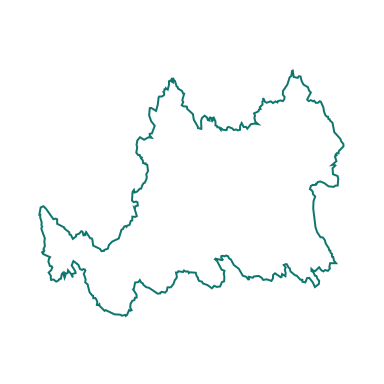 outline of Cuautla, Jalisco, Mexico, rotated 353°
{"feature_id": "50627088B81723111751248", "entity_name": "Cuautla", "entity_type": "district", "adm_level": 2, "iso_a3": "MEX", "parent_name": "Mexico", "parent_adm1": "Jalisco", "projection": "equal_earth", "projection_center": [-104.52, 20.204], "detail": "fine", "context": "isolated", "style": "outline", "palette": "teal", "viewbox_px": 384, "rotation_deg": 353, "n_neighbors": 0, "source": "geoboundaries", "source_scale": "gbopen_adm2", "svg_char_len": 6023}
<svg xmlns="http://www.w3.org/2000/svg" viewBox="0 0 384 384"><g transform="rotate(353 192 192)"><path d="M304.7,89.0L302.9,90.1L299.7,97.1L294.6,102.8L294.0,106.4L295.5,108.9L294.9,111.2L293.2,112.9L291.0,111.9L288.3,112.3L287.7,113.5L285.8,112.3L283.2,113.6L281.2,111.6L277.0,112.5L275.5,111.4L274.4,108.2L273.9,108.3L274.2,109.8L272.9,110.7L272.6,113.9L269.6,116.1L270.2,118.0L268.4,118.4L267.9,119.8L266.8,120.4L263.2,121.5L263.9,124.1L262.9,125.8L263.5,130.1L265.9,132.7L262.4,131.7L258.7,131.9L254.6,135.9L253.5,133.9L251.2,133.8L249.7,129.6L247.9,132.2L247.2,136.1L245.2,136.4L243.3,135.3L241.0,135.6L239.6,133.7L236.0,131.8L234.8,132.5L233.8,134.8L230.3,134.0L228.7,132.3L228.2,133.9L226.6,131.0L225.0,130.8L224.8,129.5L223.4,128.8L223.9,125.0L222.6,120.7L221.8,120.9L221.4,123.4L220.7,124.0L219.8,120.6L219.0,120.2L217.9,121.3L218.0,123.2L216.5,122.5L215.8,119.7L213.9,117.8L211.0,119.6L209.7,122.3L209.0,130.5L208.5,131.2L208.7,130.2L205.8,129.4L205.7,127.8L202.6,120.5L202.4,114.8L197.4,109.0L197.2,106.6L193.7,105.8L192.4,104.6L194.3,101.6L193.6,100.2L193.9,98.8L196.2,93.5L195.3,93.2L194.3,90.4L190.7,87.6L190.6,86.1L189.6,85.4L188.6,79.8L186.4,79.4L186.4,80.8L185.2,79.9L186.3,78.3L187.6,78.2L187.3,77.2L185.7,77.1L184.8,78.6L182.6,79.3L182.3,82.7L180.4,87.4L178.9,86.0L178.9,86.7L177.3,86.6L177.0,88.1L175.8,89.1L176.4,90.3L176.2,92.2L174.1,93.5L170.9,93.3L170.4,94.1L168.7,101.0L166.2,107.1L161.8,103.6L160.5,103.6L160.2,104.8L160.4,103.1L158.8,110.8L160.1,116.8L163.1,121.7L159.4,128.9L157.1,129.1L157.0,130.8L158.5,133.2L155.4,132.4L150.8,134.3L147.1,131.3L144.0,134.2L142.7,138.5L143.1,140.8L141.5,146.1L143.1,148.8L144.6,148.9L144.8,150.6L146.4,151.7L145.6,152.6L147.0,154.6L147.0,157.4L149.4,158.0L149.2,158.7L150.9,159.5L150.9,165.8L148.7,169.0L149.0,171.5L148.4,173.5L146.3,177.0L144.9,177.4L143.4,179.4L142.0,182.4L140.5,182.4L137.6,184.9L134.9,185.5L134.6,182.9L133.0,184.7L131.4,193.2L132.9,195.0L135.4,194.7L136.6,195.5L136.6,198.8L134.1,199.3L133.3,201.5L132.9,201.0L134.3,209.2L132.7,209.8L129.8,209.2L129.2,213.0L127.7,213.2L126.0,217.0L123.4,217.6L122.7,218.6L121.8,217.7L120.4,218.1L118.9,220.3L117.4,220.9L113.7,229.2L106.7,231.5L103.2,234.3L101.5,238.0L97.9,238.8L97.5,239.7L94.9,239.6L93.7,237.2L87.4,233.2L87.3,227.0L86.8,225.8L85.3,225.5L82.0,218.8L80.8,220.4L81.0,222.5L80.2,221.3L79.0,221.7L78.5,218.2L77.4,217.4L74.9,219.6L71.8,220.3L71.6,221.9L68.0,224.0L66.5,219.7L65.3,219.3L65.2,217.0L60.9,212.7L61.0,211.7L54.3,207.1L54.8,202.6L53.4,201.8L51.1,202.1L45.1,190.9L42.8,188.0L39.9,188.9L37.7,195.9L38.7,196.0L38.2,198.5L39.1,204.0L38.5,206.5L39.1,208.1L38.1,209.4L38.1,210.7L40.3,220.1L39.4,223.2L39.4,227.7L37.6,230.6L38.3,232.2L37.3,233.6L36.3,233.1L35.9,233.8L36.8,235.5L43.2,239.4L41.9,240.8L41.0,243.7L42.0,248.3L43.5,248.5L44.2,249.7L42.7,252.4L39.9,254.5L41.8,258.3L41.3,259.6L41.5,262.1L44.0,262.0L46.3,264.4L48.8,263.5L49.5,262.4L51.3,262.1L52.7,257.7L54.1,256.4L55.1,261.6L56.1,259.3L56.2,257.0L57.1,257.8L58.7,257.2L59.4,254.6L61.9,258.4L63.3,262.3L62.8,258.8L66.6,258.3L66.5,256.5L63.6,250.2L65.9,246.1L70.3,250.4L71.5,254.9L73.6,256.0L74.8,255.3L76.1,255.8L76.6,257.0L74.6,260.1L75.8,265.5L75.0,268.7L77.1,270.9L78.1,278.9L80.3,282.6L81.2,282.9L81.1,285.4L83.0,285.4L84.0,287.0L84.6,289.9L83.8,292.5L85.4,292.9L86.3,292.2L86.3,293.6L90.7,299.3L91.9,298.7L100.2,304.0L105.8,305.0L107.3,306.2L110.7,305.9L111.2,306.9L112.5,306.1L115.2,301.5L116.0,302.3L117.6,302.0L116.6,299.0L117.4,295.5L119.5,292.7L121.7,292.2L122.4,290.1L124.2,290.0L124.4,287.0L121.7,281.5L122.4,281.3L124.5,274.9L127.9,274.9L129.5,273.1L130.6,275.8L132.0,276.6L132.3,278.0L134.8,280.8L137.7,281.9L145.5,288.7L148.2,288.8L148.4,288.0L149.9,287.4L153.1,288.6L155.1,286.8L156.0,283.7L159.4,284.0L162.4,281.0L164.2,277.4L166.2,275.5L166.7,273.8L166.3,270.0L168.0,270.1L168.7,269.0L173.4,270.3L174.5,268.9L175.9,270.2L178.2,270.3L179.0,272.1L180.0,271.4L185.9,272.6L186.3,275.9L187.6,278.1L187.3,278.8L188.2,281.1L191.1,282.3L191.7,284.1L196.1,286.3L200.0,290.0L202.6,287.8L204.9,289.2L208.4,289.2L210.7,285.1L213.0,284.6L213.8,280.1L213.6,276.9L214.6,274.1L211.9,272.7L208.4,263.3L206.6,261.6L207.2,261.0L213.6,263.3L214.2,262.9L213.0,260.6L213.3,259.2L214.8,259.1L216.5,259.8L218.0,259.2L220.1,260.3L220.5,262.2L222.4,263.8L224.6,269.5L229.1,273.9L232.2,281.3L235.5,282.8L237.1,285.6L237.9,285.6L238.1,283.1L241.9,284.5L243.1,283.4L247.9,283.4L250.6,285.5L251.9,287.9L255.6,287.8L260.0,289.9L261.8,287.7L262.4,284.2L264.5,282.8L269.8,287.5L270.6,287.1L271.4,284.4L274.4,286.9L275.1,283.8L274.7,280.4L275.8,278.4L274.2,275.6L276.4,275.0L277.3,275.3L278.8,279.0L279.7,279.7L280.1,282.9L284.4,287.4L285.7,287.7L288.9,292.3L290.8,292.6L290.6,294.5L293.5,295.5L295.7,291.5L297.9,291.5L300.9,296.5L302.4,301.3L306.7,298.8L307.4,295.6L306.0,293.6L305.2,290.5L303.8,290.0L302.8,286.5L300.9,285.0L301.2,282.9L302.8,284.9L304.8,285.4L309.0,282.2L310.8,285.4L312.7,286.8L314.6,285.7L317.3,286.8L319.6,284.6L319.2,283.2L320.4,279.5L326.3,280.2L324.6,277.6L324.2,273.7L323.3,273.6L323.0,272.5L323.5,270.7L322.2,269.2L322.1,267.0L321.2,266.8L320.8,264.3L318.5,259.5L317.9,255.7L316.2,253.0L314.0,252.5L311.3,247.0L310.3,242.0L310.3,223.2L311.5,215.9L313.7,211.5L311.8,208.8L311.9,206.6L310.9,204.8L309.4,203.6L310.7,200.5L312.6,199.7L314.9,200.1L316.3,199.0L316.4,197.9L316.7,199.1L318.1,197.4L320.6,197.2L324.3,199.2L328.2,203.0L333.2,204.2L335.0,203.2L337.4,203.3L338.8,196.6L338.4,193.9L334.1,191.5L334.4,185.5L337.5,183.2L336.4,182.1L334.4,182.2L339.1,179.0L338.2,174.1L339.9,173.2L339.2,172.3L340.5,171.1L342.1,171.5L342.7,169.3L347.9,165.2L348.1,162.7L346.3,160.0L345.7,157.3L340.5,149.9L339.9,140.4L337.7,137.9L337.4,136.5L336.3,136.1L336.2,133.9L335.0,133.6L333.8,132.1L332.8,128.2L332.7,124.1L330.9,118.2L329.9,117.5L327.8,118.8L325.8,118.6L324.4,116.3L323.3,116.8L321.1,115.3L319.1,116.0L317.9,114.9L317.6,114.1L322.1,107.7L320.5,105.6L319.9,102.2L315.8,99.0L314.4,95.6L313.8,90.6L312.2,90.1L310.8,91.6L307.0,90.2L306.8,83.8L306.0,84.1L304.7,89.0Z" fill="none" stroke="#0f766e" stroke-width="2"/></g></svg>